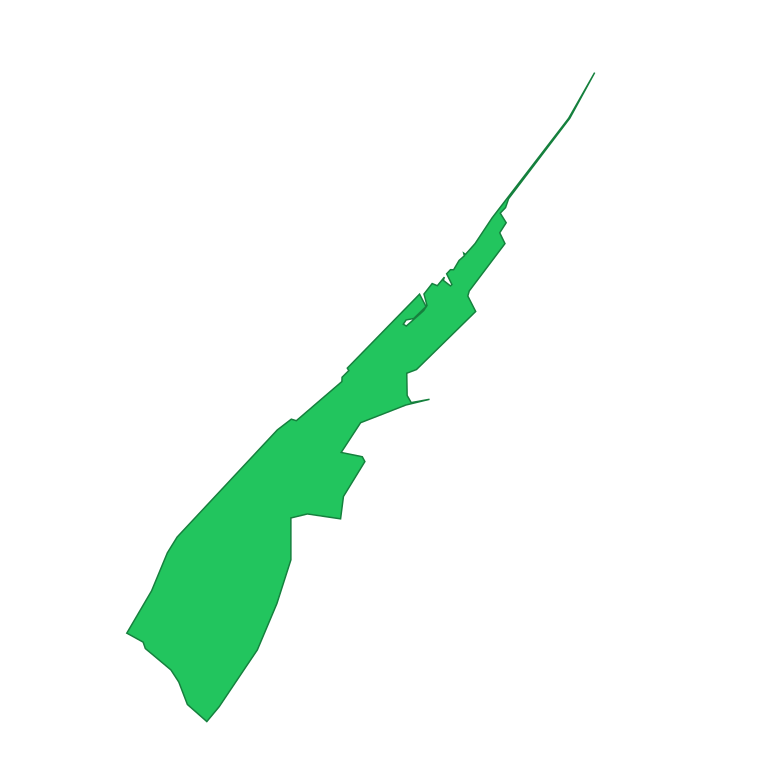 South East Inner City Lea-5, Dublin, Ireland, rotated 308°
{"feature_id": "5873133B57887905689291", "entity_name": "South East Inner City Lea-5", "entity_type": "district", "adm_level": 2, "iso_a3": "IRL", "parent_name": "Ireland", "parent_adm1": "Dublin", "projection": "equal_earth", "projection_center": [-6.215, 53.339], "detail": "fine", "context": "isolated", "style": "filled", "palette": "green", "viewbox_px": 768, "rotation_deg": 308, "n_neighbors": 0, "source": "geoboundaries", "source_scale": "gbopen_adm2", "svg_char_len": 1035}
<svg xmlns="http://www.w3.org/2000/svg" viewBox="0 0 768 768"><g transform="rotate(308 384 384)"><path d="M299.2,332.6L282.2,328.2L136.1,315.2L117.7,317.2L77.9,328.2L29.3,334.7L32.3,353.1L28.6,358.8L27.5,392.1L22.8,405.8L10.4,426.4L8.9,452.2L28.2,452.8L76.6,449.3L96.5,447.9L145.0,434.8L188.1,418.9L221.1,393.1L234.4,403.6L251.0,432.8L270.4,421.3L311.1,416.7L313.3,411.7L303.7,392.4L339.1,389.4L380.8,414.1L400.0,429.3L386.1,416.9L389.2,409.3L406.5,395.3L415.4,400.7L497.6,411.6L504.9,395.9L509.8,393.9L569.1,392.9L574.4,382.1L586.3,381.0L590.2,370.4L597.8,371.2L606.7,368.1L707.8,366.8L759.1,358.3L707.1,365.9L581.6,366.9L550.7,369.3L536.3,368.4L536.2,366.2L534.5,368.4L527.6,367.1L516.9,368.5L515.0,366.0L509.4,365.5L504.2,376.3L502.2,376.0L502.2,366.9L505.4,365.8L494.3,365.5L492.8,360.1L479.5,360.1L472.3,369.6L466.2,370.1L443.4,365.9L443.0,362.4L448.1,362.0L453.9,367.1L470.9,369.4L476.7,356.7L373.9,345.3L372.9,348.0L363.5,346.8L360.0,349.3L301.1,337.5L299.2,332.6Z" fill="#22c55e" stroke="#15803d" stroke-width="1.5"/></g></svg>